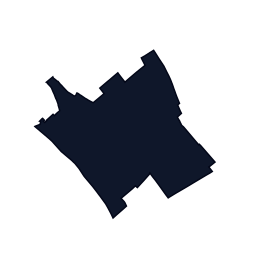 the district of Vanatori, Galati, Romania, rotated 139°
{"feature_id": "2599482B17748522296456", "entity_name": "Vanatori", "entity_type": "district", "adm_level": 2, "iso_a3": "ROU", "parent_name": "Romania", "parent_adm1": "Galati", "projection": "equal_earth", "projection_center": [28.001, 45.514], "detail": "fine", "context": "isolated", "style": "filled", "palette": "ink", "viewbox_px": 256, "rotation_deg": 139, "n_neighbors": 0, "source": "geoboundaries", "source_scale": "gbopen_adm2", "svg_char_len": 2921}
<svg xmlns="http://www.w3.org/2000/svg" viewBox="0 0 256 256"><g transform="rotate(139 128 128)"><path d="M198.3,69.9L193.5,70.0L185.2,70.0L180.6,70.1L180.4,70.1L179.3,73.9L179.3,74.3L179.2,75.1L179.4,79.5L164.4,79.3L160.4,79.5L160.0,76.9L159.3,77.0L154.3,77.6L150.5,78.0L148.3,78.3L142.3,79.1L141.0,79.7L141.4,75.0L141.6,70.6L142.1,64.6L142.4,61.3L143.0,55.2L143.3,51.9L143.4,50.0L143.5,48.9L142.9,48.8L142.4,48.8L141.4,48.6L136.6,47.8L133.8,47.3L133.6,47.3L132.3,47.0L129.1,46.4L120.0,44.7L114.2,43.7L99.2,41.0L95.8,40.3L92.9,39.9L92.6,45.5L84.7,45.2L84.7,48.2L84.7,53.5L84.7,67.2L84.9,69.0L85.7,69.0L85.4,90.7L85.4,92.5L85.7,94.3L85.7,94.9L85.6,95.6L85.2,96.7L85.0,97.9L84.6,98.9L84.3,100.1L84.2,101.2L83.8,103.0L83.4,103.9L78.1,104.0L77.4,106.7L76.3,110.1L75.4,112.8L73.0,112.8L70.8,119.3L69.5,122.8L68.8,124.5L67.6,127.7L66.6,130.1L65.7,132.4L65.2,133.9L64.8,134.9L64.0,137.3L63.3,139.8L63.2,140.0L62.0,144.9L61.2,147.9L60.5,150.6L60.3,151.4L60.2,152.4L60.1,153.0L59.2,159.9L58.1,166.9L57.7,169.8L60.3,170.2L62.4,170.6L62.6,170.6L63.0,170.6L63.7,170.7L63.9,170.8L64.1,170.8L65.6,171.0L66.7,171.2L68.2,171.4L69.1,171.6L69.7,171.8L70.2,171.8L71.9,172.2L72.3,170.9L74.0,164.1L84.8,164.5L93.8,164.6L97.0,164.6L100.2,164.6L100.0,169.2L99.7,174.4L99.5,176.3L107.0,176.4L110.2,176.4L112.8,176.5L123.1,176.6L123.5,169.6L128.4,169.7L133.6,169.8L137.0,169.9L137.6,169.9L138.3,171.3L139.7,175.0L140.2,176.7L140.2,176.8L140.4,177.3L140.8,178.3L142.1,183.4L142.4,184.0L142.6,185.0L142.9,186.3L143.1,187.0L143.3,187.5L143.5,187.8L143.7,188.0L143.8,188.0L144.2,187.7L144.9,187.4L145.4,187.1L145.8,187.0L146.4,187.0L146.7,187.0L146.8,187.0L147.0,187.0L147.3,187.2L147.5,187.4L147.7,187.6L147.9,188.2L148.0,188.5L148.1,189.1L149.2,192.7L149.7,194.0L149.8,194.7L150.0,195.9L150.0,196.6L150.1,197.0L150.0,197.3L150.1,197.8L150.1,198.7L150.1,199.5L150.2,200.8L150.2,201.4L150.2,202.2L150.2,202.9L150.2,203.6L150.2,203.9L150.3,204.4L150.4,205.6L150.3,207.8L150.4,208.6L150.2,208.9L150.3,209.2L150.5,209.5L150.8,210.0L150.8,210.4L150.9,211.2L151.2,212.6L151.2,213.1L151.4,213.6L151.5,214.1L151.5,215.0L151.2,215.9L155.9,216.0L159.5,216.1L159.1,215.4L158.9,214.7L159.5,214.6L159.3,209.9L159.5,208.3L160.8,204.4L161.5,201.9L163.0,197.9L163.5,196.0L163.5,195.9L163.9,194.9L164.2,194.2L164.3,194.0L164.4,193.5L164.6,193.0L165.1,191.9L165.9,190.7L166.4,189.5L166.9,188.4L168.2,185.8L170.1,185.8L170.9,185.9L175.6,185.7L175.6,187.5L184.0,187.3L184.0,187.0L187.2,186.8L187.4,188.7L186.0,188.7L186.1,191.3L187.2,191.4L188.0,191.3L190.2,191.1L189.9,190.7L189.9,190.2L190.2,189.8L190.6,189.4L191.3,188.9L192.2,188.5L197.2,190.3L197.3,190.3L194.4,171.3L194.0,167.8L193.8,154.0L192.2,143.6L192.0,142.5L191.7,140.4L191.5,137.8L191.3,136.3L191.5,129.7L192.5,122.5L192.8,120.2L193.0,107.1L193.4,100.2L193.7,96.5L193.8,94.5L194.3,89.0L194.6,85.4L195.4,81.4L197.0,74.5L197.5,72.7L198.3,69.9Z" fill="#0f172a" stroke="#020617" stroke-width="1.5"/></g></svg>